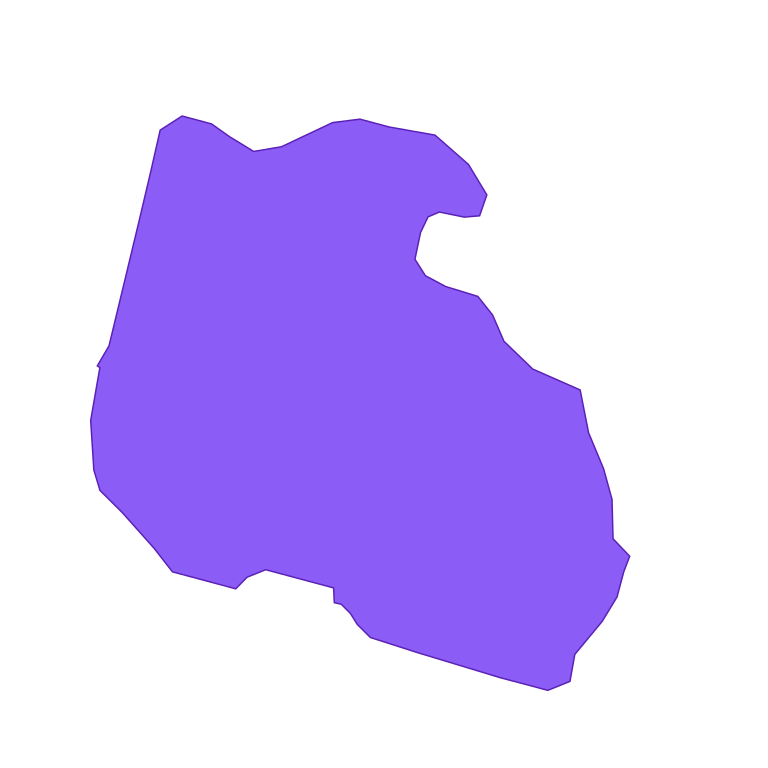 an SVG outline of Zelenikovo, rotated 105°
{"feature_id": "MKD-2917", "entity_name": "Zelenikovo", "entity_type": "Statistical Region", "adm_level": 1, "iso_a3": "MKD", "parent_name": "North Macedonia", "parent_adm1": "", "projection": "robinson", "projection_center": [21.557, 41.818], "detail": "fine", "context": "isolated", "style": "filled", "palette": "violet", "viewbox_px": 768, "rotation_deg": 105, "n_neighbors": 0, "source": "natural_earth", "source_scale": "10m", "svg_char_len": 939}
<svg xmlns="http://www.w3.org/2000/svg" viewBox="0 0 768 768"><g transform="rotate(105 384 384)"><path d="M196.7,665.9L179.5,650.3L177.4,648.4L177.4,617.9L185.1,597.2L193.1,570.1L181.4,544.5L144.8,501.3L134.4,475.8L134.4,445.4L130.4,399.1L150.1,359.2L174.7,333.6L196.8,335.2L202.0,349.6L203.6,375.1L211.2,384.7L228.1,387.9L255.5,386.4L268.7,372.0L273.9,349.6L275.1,316.0L289.3,296.9L311.7,279.2L331.1,244.1L339.0,193.0L378.1,173.8L409.1,149.9L436.4,133.9L474.2,122.7L486.8,102.1L503.3,103.8L529.4,103.8L556.8,111.8L595.8,129.7L623.1,127.4L637.5,146.5L637.6,195.9L634.8,282.2L632.4,331.5L623.2,347.5L614.3,357.1L607.8,368.3L608.1,375.4L594.0,379.9L594.0,403.9L594.0,432.6L594.0,450.2L606.0,466.2L620.2,474.2L620.2,494.9L620.2,539.7L602.1,563.7L575.9,603.6L560.3,630.8L542.2,642.0L495.1,657.9L441.7,662.7L440.7,665.6L418.3,659.5L354.4,661.1L292.0,662.7L238.5,664.3L196.7,665.9Z" fill="#8b5cf6" stroke="#5b21b6" stroke-width="1.5"/></g></svg>